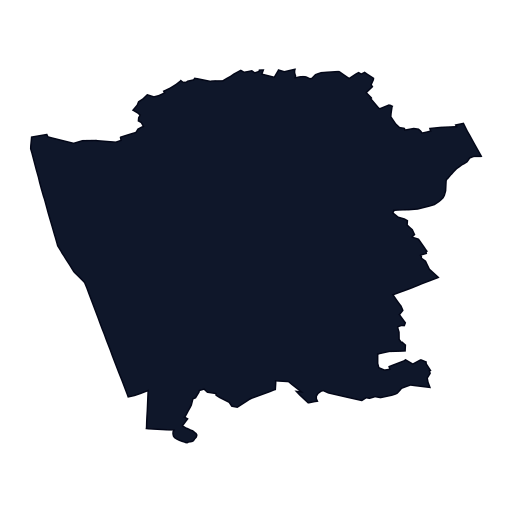 outline of Lestenes pag., Tukums, Latvia
{"feature_id": "27541924B48713884824227", "entity_name": "Lestenes pag.", "entity_type": "district", "adm_level": 2, "iso_a3": "LVA", "parent_name": "Latvia", "parent_adm1": "Tukums", "projection": "equal_earth", "projection_center": [23.152, 56.775], "detail": "fine", "context": "isolated", "style": "filled", "palette": "ink", "viewbox_px": 512, "rotation_deg": 0, "n_neighbors": 0, "source": "geoboundaries", "source_scale": "gbopen_adm2", "svg_char_len": 5853}
<svg xmlns="http://www.w3.org/2000/svg" viewBox="0 0 512 512"><path d="M180.8,80.6L180.4,81.1L176.2,84.4L170.1,88.2L163.7,91.2L164.7,92.9L158.9,95.6L153.9,96.9L147.3,94.8L142.9,99.0L138.6,101.8L137.3,105.1L133.0,110.2L137.7,112.9L140.2,115.1L138.7,117.7L138.4,120.9L141.3,122.5L143.5,126.4L142.5,126.9L142.0,127.0L138.0,129.1L136.1,132.3L134.9,132.8L132.4,133.5L127.2,135.1L120.6,137.2L120.5,137.3L121.1,140.4L115.8,142.2L97.0,140.7L96.3,140.5L82.8,140.7L82.2,140.8L73.8,143.3L73.4,143.3L51.3,137.8L48.0,136.9L47.8,136.7L46.8,134.5L31.6,137.1L31.3,140.7L30.8,145.9L30.7,148.8L32.0,153.2L36.2,169.3L38.5,177.4L39.6,182.2L41.1,187.8L43.4,195.9L44.6,199.5L47.4,209.9L48.2,212.9L49.5,217.4L52.3,226.9L54.7,235.3L55.3,237.2L57.0,243.2L57.7,245.8L61.0,251.1L61.8,252.6L62.2,253.3L63.9,255.8L66.1,259.4L68.0,262.3L69.7,264.9L72.2,269.0L73.8,271.6L74.9,272.8L77.7,275.5L80.5,278.3L82.3,280.1L84.6,282.5L86.9,288.0L88.8,293.2L98.2,318.0L100.0,323.0L102.3,329.1L104.3,334.1L106.5,340.2L109.3,347.4L110.4,350.2L112.4,355.8L118.9,372.7L121.8,379.9L127.4,394.6L128.2,396.9L134.5,395.5L140.4,393.5L148.1,390.5L148.2,391.1L148.0,391.5L148.1,391.8L147.3,411.0L147.0,415.7L146.7,422.0L146.6,426.0L146.5,428.1L146.4,428.5L148.9,428.8L149.1,428.8L149.5,428.8L152.9,429.0L167.3,429.8L173.9,429.9L174.2,430.1L173.1,431.7L173.0,433.8L173.5,436.1L174.6,437.6L176.8,439.0L179.4,440.3L182.3,441.4L184.5,442.0L185.8,442.6L186.7,442.7L187.6,442.6L188.1,442.1L189.0,441.9L190.8,441.7L192.1,441.4L193.4,440.7L194.6,438.9L196.1,437.3L196.6,436.0L196.8,435.0L196.3,434.1L196.0,433.5L194.7,432.6L194.0,431.9L192.6,430.8L191.4,430.4L190.3,430.0L189.2,429.4L187.3,428.5L186.3,428.2L185.6,427.9L184.6,427.2L183.8,426.7L182.9,426.4L182.4,425.8L185.6,421.5L187.4,419.1L187.6,418.9L187.3,418.7L185.5,417.7L184.6,417.2L184.8,417.1L186.5,414.1L188.0,411.2L190.2,407.3L191.3,405.1L192.9,398.8L195.5,397.8L198.9,392.2L199.3,390.5L204.1,389.1L207.4,392.2L215.9,393.5L216.1,395.2L219.5,397.4L229.2,402.3L231.8,406.2L237.3,407.2L243.8,403.0L246.6,401.2L250.5,398.6L250.7,398.8L251.2,398.4L270.1,391.5L274.1,389.8L274.3,389.8L275.3,389.5L275.6,384.7L275.7,383.1L275.7,382.2L275.6,380.8L288.6,381.6L291.9,384.4L301.5,391.9L300.1,391.8L296.4,391.4L299.8,395.0L308.2,402.8L309.2,402.7L314.4,401.6L317.4,401.2L316.3,398.8L316.3,396.2L318.0,393.4L321.2,391.1L323.3,390.6L328.4,392.9L347.1,397.2L361.8,400.5L366.2,397.7L369.5,398.3L372.9,397.3L375.0,396.6L380.5,397.6L391.8,395.2L395.2,394.1L397.0,393.3L398.3,392.0L399.2,391.0L400.3,389.8L400.7,389.2L401.7,388.2L406.2,386.5L409.6,385.3L410.3,385.0L411.3,385.1L414.2,385.5L417.5,385.9L429.9,387.4L429.4,386.0L428.0,382.3L427.2,378.1L430.1,373.4L429.4,370.7L430.4,370.4L426.2,363.9L426.2,363.6L426.0,362.4L426.1,362.0L421.3,360.0L420.9,359.9L420.4,360.0L412.8,364.1L405.5,359.8L404.6,360.5L404.0,360.9L389.1,366.6L389.9,369.3L384.5,370.1L378.8,367.7L377.7,363.5L377.7,353.9L378.7,353.9L378.8,353.8L378.9,353.7L386.5,352.0L389.4,351.4L390.3,351.4L400.8,351.1L405.1,350.9L405.4,345.1L402.1,342.2L401.4,342.5L399.1,339.4L399.0,332.2L397.8,328.1L397.8,326.7L401.2,325.5L404.3,325.6L405.3,322.8L399.3,314.6L399.5,314.5L401.1,312.5L402.8,310.4L402.7,310.1L402.0,308.4L400.9,305.9L400.0,304.8L399.8,304.6L396.4,299.9L392.9,294.8L411.9,287.8L422.3,283.5L437.9,277.6L438.3,277.4L429.3,269.2L426.5,263.4L425.5,261.2L421.3,258.2L421.4,256.6L420.7,255.9L420.4,255.3L420.8,255.0L421.9,254.7L426.3,253.4L426.0,251.9L426.4,251.2L426.8,251.1L426.2,250.3L425.3,249.1L424.5,247.8L421.9,244.1L418.6,239.4L418.2,239.1L415.0,238.1L413.3,237.6L412.1,237.1L412.0,236.9L412.4,236.6L412.8,236.1L414.5,234.6L413.7,232.9L412.3,229.8L409.5,227.3L407.1,225.0L407.3,222.2L407.4,220.7L404.4,219.0L402.0,218.3L398.1,217.2L392.7,212.8L394.1,210.5L394.0,210.3L397.8,210.0L402.7,209.8L408.9,209.7L417.7,209.0L422.4,207.8L428.8,206.2L434.3,204.6L438.8,201.6L440.5,200.2L443.0,197.8L444.3,195.4L445.6,190.8L446.1,180.5L447.1,178.8L447.6,178.6L450.7,174.8L451.6,174.0L453.4,171.9L456.6,168.6L459.5,166.6L461.8,164.8L464.4,163.5L465.1,163.0L467.0,161.8L469.7,158.0L473.1,156.6L474.3,156.4L481.0,156.4L481.3,156.3L476.7,148.1L473.4,142.2L469.7,135.4L467.3,131.3L467.1,130.9L463.4,123.4L455.7,125.0L456.6,126.7L450.2,127.0L440.8,127.4L429.9,128.5L430.7,131.1L426.7,132.1L422.1,133.1L420.6,131.1L418.5,129.2L413.8,128.5L404.9,130.1L404.4,128.5L403.9,128.3L399.5,127.6L399.2,127.3L395.8,124.1L395.4,123.6L393.9,121.4L390.8,116.8L391.0,113.8L392.0,106.8L392.1,106.7L392.3,106.3L391.8,106.1L391.5,106.1L391.2,106.0L391.1,105.8L391.1,105.7L390.8,105.5L390.6,105.4L389.4,105.2L389.1,105.1L388.9,105.1L388.7,105.1L388.1,105.4L380.5,108.5L380.0,108.6L379.7,108.6L379.1,108.4L378.8,108.3L377.7,107.0L372.3,100.6L370.9,99.0L370.5,98.8L370.3,98.5L371.4,98.0L371.3,97.8L366.4,92.9L366.2,92.6L372.4,86.7L371.1,84.7L373.3,79.8L373.5,78.6L373.5,78.3L367.0,74.1L365.9,73.3L364.6,72.4L364.5,72.5L361.2,74.1L358.6,72.6L356.0,74.0L349.2,78.5L348.8,78.5L348.6,78.1L347.6,77.5L343.1,74.4L341.4,73.2L339.7,72.0L338.9,71.6L338.2,71.6L337.5,71.6L335.7,71.7L332.9,71.9L326.4,72.3L324.1,72.5L321.2,72.7L317.3,74.0L317.1,74.1L315.7,74.6L315.4,74.8L311.8,78.5L311.7,78.5L310.9,78.6L309.7,78.7L306.6,77.2L305.8,76.9L304.1,76.7L302.4,76.7L300.3,76.8L299.1,77.0L296.0,77.7L295.0,77.7L295.3,77.1L295.4,76.8L295.4,76.5L295.5,76.2L295.5,75.9L295.4,75.5L295.1,74.7L294.9,74.0L294.7,73.2L294.6,72.9L294.6,72.0L294.6,70.9L294.7,70.3L294.8,69.8L295.0,69.3L294.8,69.3L284.5,71.7L284.2,71.7L278.5,70.0L278.2,70.7L274.3,77.3L262.0,74.2L262.0,73.6L263.3,70.0L259.5,70.1L259.3,70.2L259.2,71.3L259.0,71.5L254.7,72.9L251.8,70.8L248.0,71.6L244.0,72.3L241.4,70.7L240.7,70.4L238.5,71.6L234.0,74.0L230.6,76.4L226.9,78.4L224.2,80.0L222.8,80.9L215.8,81.0L215.8,80.9L213.7,81.0L211.8,81.1L210.4,81.4L196.7,78.6L196.0,78.6L194.8,78.3L193.6,79.9L187.7,81.2L186.2,82.3L183.0,82.4L180.8,80.6Z" fill="#0f172a" stroke="#020617" stroke-width="1.5"/></svg>